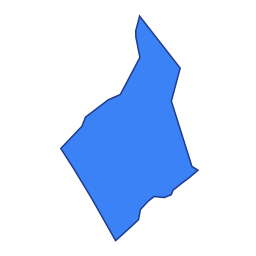 outline of Bagaroua, Tahoua, Niger, rotated 53°
{"feature_id": "23599985B53990886897515", "entity_name": "Bagaroua", "entity_type": "district", "adm_level": 2, "iso_a3": "NER", "parent_name": "Niger", "parent_adm1": "Tahoua", "projection": "mercator", "projection_center": [4.649, 14.377], "detail": "fine", "context": "isolated", "style": "filled", "palette": "blue", "viewbox_px": 256, "rotation_deg": 53, "n_neighbors": 0, "source": "geoboundaries", "source_scale": "gbopen_adm2", "svg_char_len": 489}
<svg xmlns="http://www.w3.org/2000/svg" viewBox="0 0 256 256"><g transform="rotate(53 128 128)"><path d="M103.9,194.0L127.4,195.8L162.5,199.4L210.5,205.7L208.6,184.5L207.5,174.7L200.6,167.2L198.6,156.2L198.4,148.4L205.4,140.9L207.3,133.6L204.8,129.6L204.5,118.8L204.5,108.7L203.8,97.5L197.2,100.1L132.6,77.2L111.6,50.3L45.5,51.4L47.1,53.2L55.1,63.4L60.3,67.1L78.8,76.0L96.6,113.9L93.6,126.7L93.7,155.3L98.9,163.8L103.9,194.0Z" fill="#3b82f6" stroke="#1e3a8a" stroke-width="1.5"/></g></svg>